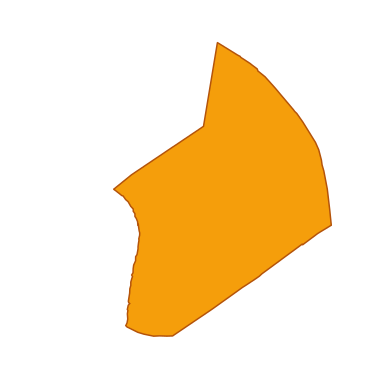 Kiang East, Lower River, Gambia, rotated 235°
{"feature_id": "56634734B11412565261125", "entity_name": "Kiang East", "entity_type": "district", "adm_level": 2, "iso_a3": "GMB", "parent_name": "Gambia", "parent_adm1": "Lower River", "projection": "orthographic", "projection_center": [-15.639, 13.417], "detail": "fine", "context": "isolated", "style": "filled", "palette": "amber", "viewbox_px": 384, "rotation_deg": 235, "n_neighbors": 0, "source": "geoboundaries", "source_scale": "gbopen_adm2", "svg_char_len": 1462}
<svg xmlns="http://www.w3.org/2000/svg" viewBox="0 0 384 384"><g transform="rotate(235 192 192)"><path d="M239.2,129.6L238.9,129.5L237.5,130.0L233.0,131.4L229.5,132.4L228.2,133.3L227.1,133.3L223.9,133.3L220.7,134.1L215.3,133.6L211.8,134.1L209.9,132.8L207.0,132.8L204.6,131.2L202.4,131.2L198.9,130.4L196.2,128.8L196.2,129.4L193.8,128.1L190.6,126.5L188.5,125.7L186.6,124.3L184.2,121.6L182.8,120.8L180.9,118.9L178.0,116.3L176.4,115.2L172.3,111.1L171.3,108.7L168.0,106.3L165.6,102.3L162.9,99.8L159.7,97.4L158.6,95.0L156.8,94.7L155.9,93.4L153.3,90.2L150.6,88.3L148.4,85.6L144.9,82.9L139.0,77.2L137.7,76.7L136.3,77.0L135.8,74.8L133.6,72.4L132.8,71.6L131.8,71.6L129.3,69.2L124.8,66.5L122.1,63.8L120.5,61.1L118.6,61.4L108.2,67.1L103.1,71.1L95.9,77.9L92.7,83.0L88.4,88.7L85.2,93.6L85.2,94.4L85.2,95.5L84.5,140.9L84.5,141.9L84.5,142.5L84.8,172.1L84.9,178.4L84.7,183.1L84.4,195.5L84.4,198.7L84.4,198.9L84.9,202.4L85.7,235.7L86.1,252.3L85.3,252.5L85.9,271.1L85.7,274.8L84.9,287.0L85.0,287.1L98.8,294.8L116.8,304.5L133.5,312.0L139.6,314.1L143.9,316.3L153.8,320.0L161.9,321.6L164.0,321.7L185.5,322.9L196.2,322.9L199.2,322.3L201.0,322.3L221.9,320.4L228.9,319.8L244.7,317.9L245.6,317.6L253.3,315.4L255.4,316.0L261.3,314.1L264.0,313.3L274.2,309.2L275.5,309.2L278.2,307.8L299.6,298.6L299.6,298.3L264.1,263.5L239.2,239.1L239.2,238.7L239.6,216.5L239.7,210.4L239.9,202.2L240.0,196.6L240.8,152.4L239.2,129.7L239.2,129.6Z" fill="#f59e0b" stroke="#b45309" stroke-width="1.5"/></g></svg>